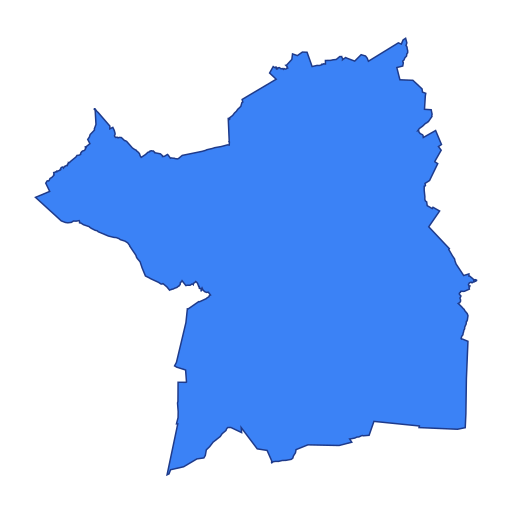 Jiménez, Chihuahua, Mexico (Albers equal-area conic projection), rotated 91°
{"feature_id": "50627088B9615027683396", "entity_name": "Jiménez", "entity_type": "district", "adm_level": 2, "iso_a3": "MEX", "parent_name": "Mexico", "parent_adm1": "Chihuahua", "projection": "albers", "projection_center": [-104.567, 26.97], "detail": "fine", "context": "isolated", "style": "filled", "palette": "blue", "viewbox_px": 512, "rotation_deg": 91, "n_neighbors": 0, "source": "geoboundaries", "source_scale": "gbopen_adm2", "svg_char_len": 5962}
<svg xmlns="http://www.w3.org/2000/svg" viewBox="0 0 512 512"><g transform="rotate(91 256 256)"><path d="M424.0,43.8L410.2,43.4L375.0,43.5L337.6,42.6L335.4,48.2L335.5,49.1L334.9,49.5L332.4,48.8L331.8,48.1L330.4,47.6L330.0,47.7L328.1,47.1L326.5,46.9L325.9,46.4L324.8,46.1L323.5,46.1L320.3,44.7L317.7,44.5L317.5,44.0L316.5,43.6L312.0,43.0L309.9,43.8L307.0,46.3L305.6,47.0L305.4,47.5L303.5,49.2L299.9,53.0L299.1,51.5L297.7,50.7L296.3,50.7L294.5,51.4L292.9,50.5L292.2,50.5L290.9,51.9L289.9,52.1L289.2,51.7L288.7,50.9L287.8,50.7L287.6,49.4L287.8,48.4L287.6,46.9L285.4,42.1L283.1,42.5L282.9,42.4L282.9,41.8L282.2,41.6L282.1,42.5L281.2,43.1L280.5,43.0L280.4,42.8L279.1,42.2L278.4,40.5L278.6,40.1L278.9,40.0L279.0,39.4L278.0,37.9L278.1,37.4L277.7,37.0L277.4,35.9L277.0,35.5L276.6,35.8L276.7,34.5L275.9,35.8L275.8,36.8L276.5,37.8L276.0,37.7L274.6,39.2L272.3,42.1L272.3,42.8L270.2,42.8L271.9,48.0L260.5,55.8L257.4,57.0L255.5,57.4L252.4,59.6L246.1,63.4L245.3,62.8L223.8,83.8L207.8,73.2L204.2,79.9L205.5,80.6L202.7,85.7L198.9,86.3L198.1,87.5L196.5,88.2L193.7,88.2L187.1,89.0L183.3,89.0L183.2,88.4L182.6,87.8L180.5,88.3L177.5,83.8L160.5,75.9L158.7,78.8L158.4,78.9L147.0,72.7L143.4,75.5L141.3,72.5L127.4,78.6L134.6,90.8L132.6,91.1L131.9,91.6L130.6,94.2L130.1,94.4L129.5,95.1L127.9,95.5L128.0,96.5L125.7,94.9L123.2,91.6L120.4,88.8L119.9,87.6L118.9,86.7L118.8,86.1L113.4,82.5L112.3,82.7L111.2,82.4L106.7,83.4L106.4,90.1L93.0,89.5L90.4,89.1L89.2,92.4L86.0,92.9L77.6,102.2L77.3,115.2L65.1,118.5L63.5,112.6L60.4,112.1L59.8,112.2L59.4,112.7L58.5,112.6L57.5,111.5L55.2,110.6L53.5,109.0L51.1,108.7L50.2,107.9L48.2,107.9L45.9,108.5L44.7,108.6L43.7,109.0L43.0,109.7L40.3,108.9L35.7,110.2L37.4,112.7L41.6,114.4L40.4,117.4L59.3,147.0L56.2,148.3L54.1,150.0L52.9,154.4L59.4,160.7L56.6,168.6L56.0,169.9L58.3,172.9L57.0,172.8L55.5,174.0L55.1,173.9L55.1,175.7L58.1,179.2L58.5,182.5L59.1,184.8L59.3,190.0L62.8,189.9L62.7,191.9L63.0,192.2L63.1,193.5L63.6,193.5L64.4,195.8L64.4,198.4L65.6,203.2L51.4,208.5L51.3,213.2L54.9,218.1L53.3,223.0L58.8,223.6L64.6,228.7L64.8,229.5L66.1,228.1L66.7,228.3L67.5,227.6L68.6,229.6L68.6,230.1L68.1,231.3L68.9,231.8L68.1,233.0L68.4,234.2L67.2,236.0L67.3,236.6L67.6,237.4L68.3,237.5L68.8,238.4L68.4,239.0L67.3,238.6L66.8,239.0L66.7,239.5L67.2,239.9L67.3,240.6L66.3,242.1L72.8,245.6L78.9,238.9L99.7,272.6L102.3,271.9L102.9,272.8L106.7,273.8L109.7,276.9L111.6,278.1L113.4,280.0L115.9,281.8L118.2,284.7L119.6,284.7L120.0,285.0L120.0,285.3L119.7,285.6L118.3,286.2L141.4,284.8L142.2,285.1L142.6,284.6L145.5,284.7L145.4,286.5L147.2,292.8L148.4,299.1L149.3,301.7L150.6,307.0L151.3,308.4L152.3,311.7L156.7,331.5L159.8,335.1L160.3,336.2L160.0,338.7L159.6,339.6L159.7,340.5L159.4,342.6L159.7,343.3L156.6,345.6L156.0,346.3L158.0,349.4L158.2,351.2L157.4,351.2L155.5,353.4L154.5,359.1L153.8,359.3L153.7,359.7L152.8,360.4L152.9,361.2L152.6,362.1L152.9,363.8L153.6,364.1L154.2,365.9L156.5,368.3L159.4,372.5L157.6,373.7L155.9,374.2L154.5,375.3L153.0,377.2L152.4,377.5L151.6,379.2L150.1,381.5L143.7,387.3L143.0,388.6L142.9,389.4L139.9,392.7L139.8,394.9L140.3,396.0L139.6,397.0L140.0,398.2L139.1,399.3L138.3,399.6L136.6,399.0L135.7,399.1L132.9,399.9L129.9,401.4L131.4,404.4L128.6,404.4L115.2,416.4L114.2,417.6L111.6,419.6L111.6,420.1L112.3,420.2L112.8,419.4L113.7,419.3L127.2,418.3L131.8,419.9L132.9,419.7L137.4,423.9L140.0,424.7L142.4,426.3L146.6,424.0L149.3,427.3L150.1,427.6L149.7,428.0L149.9,428.6L151.0,428.2L151.3,428.5L151.8,428.3L152.5,428.6L153.6,429.7L154.0,431.2L154.9,432.3L155.4,432.3L155.7,432.8L156.6,433.2L157.4,433.1L158.2,434.3L158.6,436.8L160.2,437.8L165.0,443.5L165.8,444.0L165.8,444.9L166.1,444.7L166.3,445.2L167.2,445.5L167.3,445.9L168.8,446.2L168.6,446.7L169.5,448.3L169.8,448.4L169.8,449.1L171.4,450.0L170.7,450.5L170.4,451.1L171.0,452.3L172.4,453.0L173.0,452.7L173.5,453.2L173.5,453.8L173.8,453.9L174.5,455.5L174.5,456.7L174.9,457.0L175.3,456.9L175.2,457.5L175.7,458.3L176.1,459.7L177.0,459.4L177.7,459.7L178.4,459.3L178.8,459.5L180.9,461.4L182.1,463.3L184.2,464.2L184.6,464.7L184.4,465.5L184.9,466.5L186.0,466.9L186.8,467.5L195.0,463.4L201.2,477.5L224.3,451.3L225.8,447.2L226.1,444.8L225.6,441.2L224.2,439.1L224.3,436.5L223.7,433.4L224.6,433.0L225.9,433.0L226.2,431.5L227.7,429.1L229.6,423.2L230.2,422.7L231.2,421.2L233.1,417.3L233.6,415.1L234.5,414.2L238.6,404.0L239.9,398.3L240.0,396.1L241.1,393.1L242.0,392.0L243.4,387.3L245.1,384.5L246.9,383.1L247.7,382.5L248.2,382.5L257.5,376.0L259.0,375.6L260.5,374.7L263.8,371.8L269.8,369.7L277.9,366.2L280.0,361.8L280.3,361.5L284.1,352.9L285.6,350.6L285.7,349.4L285.2,348.6L285.3,348.4L288.4,344.6L291.6,341.9L291.3,341.6L291.3,340.6L290.9,340.2L290.4,338.1L289.7,336.9L288.8,334.5L287.5,333.0L287.5,332.6L286.6,332.1L286.0,331.4L283.8,331.1L283.0,330.0L282.0,329.5L286.8,325.6L286.4,324.2L286.4,321.4L285.2,319.7L285.3,318.6L285.7,318.2L284.4,318.0L283.3,316.3L282.6,316.0L283.1,315.0L284.5,313.9L287.6,312.7L287.5,312.3L288.9,312.0L289.2,311.5L289.4,311.7L290.0,310.1L291.7,310.3L291.7,310.0L291.3,309.8L289.8,309.8L288.9,309.4L290.8,308.5L292.5,306.8L293.3,304.8L293.0,303.1L295.8,300.8L296.4,302.0L297.5,302.3L298.7,304.2L299.5,305.0L302.7,311.6L302.6,312.5L310.1,322.9L310.0,323.7L323.8,324.9L363.8,333.7L367.3,335.5L368.6,333.2L371.2,324.4L383.2,323.3L383.5,323.7L383.6,331.7L402.8,331.5L404.3,331.9L412.9,331.1L419.0,331.1L425.2,332.6L425.2,331.3L476.3,341.1L475.4,339.2L471.2,337.7L468.0,324.7L459.9,311.5L458.8,304.6L456.3,303.2L450.7,302.3L447.4,299.0L442.9,295.7L437.1,288.6L434.3,286.8L431.0,283.0L429.3,282.4L428.0,281.3L427.9,278.1L432.8,267.3L427.8,267.8L448.8,251.4L450.2,241.5L460.9,236.6L461.9,236.9L462.5,236.6L461.4,235.2L461.0,232.8L461.0,230.0L460.0,226.3L459.8,222.6L458.7,217.2L457.5,215.7L455.3,215.1L452.0,213.1L448.9,212.6L443.9,200.8L444.0,169.6L440.5,157.0L437.3,159.2L437.0,157.3L436.3,154.0L435.3,152.0L435.1,149.9L433.8,147.3L433.6,146.3L433.9,145.8L433.3,139.8L419.3,135.2L423.1,89.7L424.7,90.0L425.7,51.5L424.0,43.8Z" fill="#3b82f6" stroke="#1e3a8a" stroke-width="1.5"/></g></svg>